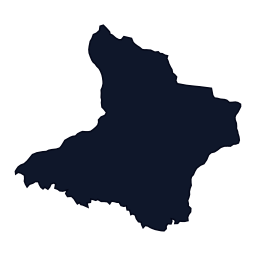 outline of Votuporanga, São Paulo, Brazil
{"feature_id": "56859067B13648095605240", "entity_name": "Votuporanga", "entity_type": "district", "adm_level": 2, "iso_a3": "BRA", "parent_name": "Brazil", "parent_adm1": "São Paulo", "projection": "mercator", "projection_center": [-50.002, -20.446], "detail": "fine", "context": "isolated", "style": "filled", "palette": "ink", "viewbox_px": 256, "rotation_deg": 0, "n_neighbors": 0, "source": "geoboundaries", "source_scale": "gbopen_adm2", "svg_char_len": 2982}
<svg xmlns="http://www.w3.org/2000/svg" viewBox="0 0 256 256"><path d="M123.9,36.6L121.4,39.7L118.9,39.8L115.7,38.1L112.4,35.2L110.0,34.1L109.5,31.8L107.8,29.9L106.2,28.1L103.3,25.2L100.1,26.2L99.5,30.5L96.5,33.2L93.4,34.6L92.0,38.5L90.3,41.3L89.3,46.3L88.9,49.5L89.2,53.0L90.5,56.7L92.0,60.2L93.3,62.2L95.2,63.8L96.8,66.1L99.1,68.4L100.6,71.1L102.0,74.6L102.7,77.8L103.1,81.1L103.2,83.6L102.4,87.2L101.2,89.9L101.4,93.1L101.2,97.4L101.8,99.9L101.5,102.7L102.0,107.1L103.8,108.9L106.6,112.5L104.9,115.4L101.1,117.0L98.5,119.9L98.7,122.3L97.8,125.2L95.9,127.3L93.2,129.6L90.7,131.4L88.4,131.8L85.5,131.8L82.4,131.6L80.0,132.6L77.6,133.9L75.5,136.1L72.8,136.4L70.2,137.4L67.0,139.2L64.9,140.4L62.7,144.1L61.3,146.3L59.7,148.1L56.2,149.2L51.7,149.7L48.8,150.3L46.4,151.5L42.6,151.8L39.9,152.3L36.7,152.9L34.6,153.8L32.5,154.6L29.2,158.7L27.1,161.2L24.0,163.9L20.8,165.1L18.3,166.9L16.8,169.0L15.4,171.3L15.7,174.0L18.1,172.3L21.0,173.1L24.5,175.3L24.7,178.7L24.4,181.2L25.4,184.0L27.1,187.0L29.4,184.3L32.9,183.1L35.4,181.5L38.5,181.7L39.3,184.3L40.9,187.2L43.0,188.9L44.8,187.2L47.9,189.2L49.7,186.9L51.0,183.9L53.9,182.9L55.7,184.1L54.9,188.2L57.9,189.3L59.8,190.8L62.8,191.1L67.4,189.9L65.7,193.6L67.5,196.5L71.5,196.3L74.0,198.7L76.0,201.9L77.4,203.9L79.4,202.6L80.8,204.5L83.0,205.0L85.1,205.9L88.0,207.2L87.0,202.9L90.4,202.3L90.8,199.0L93.3,199.5L95.7,200.3L97.9,199.4L101.2,201.4L104.3,201.4L107.4,201.7L109.7,203.9L111.4,201.1L114.3,201.5L116.7,202.2L119.2,202.3L121.0,205.5L123.8,206.3L126.4,205.7L127.1,209.9L129.5,210.1L130.4,212.3L130.8,214.6L132.8,213.9L135.2,215.0L136.4,218.7L138.5,221.7L141.2,222.2L141.7,224.7L143.1,227.7L145.2,225.4L147.9,226.0L150.2,227.4L152.2,228.3L155.3,229.4L158.6,230.1L161.1,230.6L164.1,230.8L166.2,228.7L166.1,226.2L167.7,223.7L171.0,223.9L171.9,221.3L171.3,218.7L173.8,219.3L175.4,220.7L174.8,223.5L177.7,223.4L179.6,221.1L181.9,221.3L184.8,221.3L188.0,220.6L187.6,217.3L188.7,214.5L190.6,211.9L190.8,208.4L188.2,206.0L188.3,203.7L187.6,200.5L188.8,197.4L189.5,194.6L189.3,191.6L190.1,188.1L191.2,185.4L190.9,182.9L190.8,179.1L191.5,176.6L193.3,174.7L194.7,171.4L196.5,168.3L198.6,166.6L200.4,165.2L203.9,163.7L206.6,159.7L207.5,157.5L208.7,154.7L211.1,152.6L214.5,151.8L217.2,150.1L220.7,147.4L224.2,146.1L227.6,146.0L230.5,146.1L233.4,144.1L235.7,144.0L238.4,143.0L239.3,140.2L238.9,137.0L237.9,133.7L237.5,131.3L236.4,128.5L236.5,126.2L236.3,123.2L235.1,119.9L234.9,117.1L235.8,114.7L237.8,112.1L239.4,109.0L240.6,106.5L240.5,104.2L237.8,102.6L235.4,102.1L232.1,102.4L229.4,102.5L226.8,100.3L224.6,99.6L220.4,99.2L217.4,98.4L214.4,98.0L212.7,95.3L211.4,88.3L199.6,86.8L195.3,86.4L186.4,85.4L177.2,83.7L175.8,80.6L176.6,76.9L174.5,74.5L172.6,73.2L171.9,69.6L170.4,67.1L168.7,63.6L168.0,61.1L166.8,58.5L167.6,55.8L164.9,55.2L162.3,53.7L159.8,53.5L158.3,51.8L154.8,52.2L150.7,50.2L146.8,49.9L144.1,49.9L142.0,49.5L139.7,47.5L137.3,46.0L134.8,44.1L133.1,42.4L131.5,38.4L123.9,36.6Z" fill="#0f172a" stroke="#020617" stroke-width="1.5"/></svg>